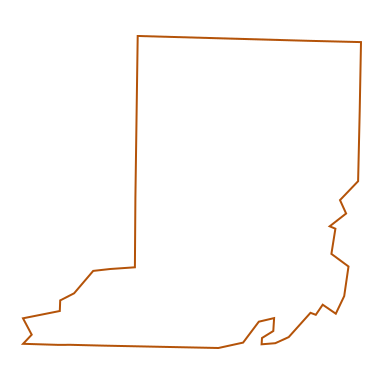 outline of Conway, Arkansas, United States of America
{"feature_id": "52423323B98678441689198", "entity_name": "Conway", "entity_type": "district", "adm_level": 2, "iso_a3": "USA", "parent_name": "United States of America", "parent_adm1": "Arkansas", "projection": "equal_earth", "projection_center": [-92.701, 35.267], "detail": "fine", "context": "isolated", "style": "outline", "palette": "amber", "viewbox_px": 384, "rotation_deg": 0, "n_neighbors": 0, "source": "geoboundaries", "source_scale": "gbopen_adm2", "svg_char_len": 583}
<svg xmlns="http://www.w3.org/2000/svg" viewBox="0 0 384 384"><path d="M359.7,111.4L361.0,42.1L308.1,40.8L137.7,36.0L135.4,197.6L134.9,267.3L110.2,269.0L93.2,270.9L74.1,293.3L60.2,300.4L59.8,311.0L23.0,318.3L31.7,334.7L23.1,343.8L59.1,344.9L70.1,344.8L102.2,345.6L218.4,348.0L243.1,342.6L258.8,321.7L274.1,318.1L273.3,331.0L262.0,338.0L261.6,344.3L275.3,343.2L288.7,337.1L310.5,312.8L315.8,314.8L322.7,304.7L335.8,313.7L344.2,296.1L348.5,266.5L331.4,253.9L335.4,228.7L329.7,226.3L346.1,213.5L340.0,200.1L358.1,181.2L359.7,111.4Z" fill="none" stroke="#b45309" stroke-width="2"/></svg>